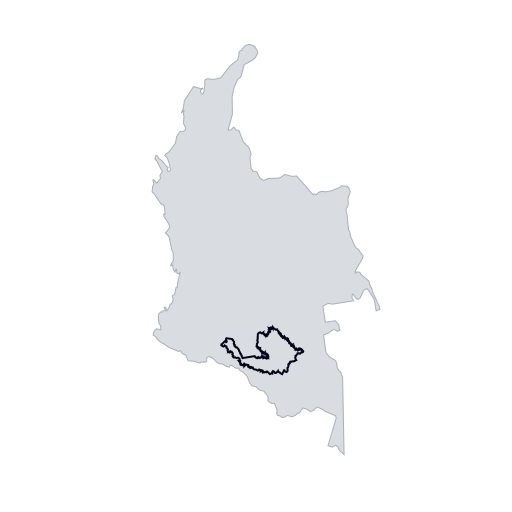 Solano, Caquetá, Colombia shown in context, rotated 351°
{"feature_id": "7082276B1556586451217", "entity_name": "Solano", "entity_type": "district", "adm_level": 2, "iso_a3": "COL", "parent_name": "Colombia", "parent_adm1": "Caquetá", "projection": "equal_earth", "projection_center": [-73.482, 0.241], "detail": "fine", "context": "in_parent", "style": "outline", "palette": "ink", "viewbox_px": 512, "rotation_deg": 351, "n_neighbors": 0, "source": "geoboundaries", "source_scale": "gbopen_adm2", "svg_char_len": 9745}
<svg xmlns="http://www.w3.org/2000/svg" viewBox="0 0 512 512"><g transform="rotate(351 256 256)"><path d="M286.2,60.2L282.2,62.4L274.3,65.1L269.0,76.9L265.3,78.9L260.8,85.9L257.4,94.5L254.9,112.1L248.2,127.1L248.7,127.7L251.4,127.1L253.9,125.4L254.8,125.9L255.8,128.5L258.8,129.2L261.3,141.3L265.9,147.5L266.4,149.9L267.0,154.9L265.4,157.9L264.9,169.0L266.4,171.8L269.8,172.9L272.2,179.8L273.6,181.4L275.7,182.5L280.8,181.4L290.0,182.6L292.2,182.4L297.3,180.0L303.9,182.9L308.7,183.4L321.9,204.3L323.2,203.7L324.9,204.9L328.2,202.8L331.1,202.4L334.8,203.5L339.8,203.5L349.8,201.3L351.2,200.1L356.7,201.3L358.3,202.9L359.1,206.8L358.5,209.2L356.6,211.6L355.6,214.8L355.4,218.6L354.4,221.4L352.6,223.2L352.0,225.8L352.4,229.3L351.5,245.1L352.2,246.4L352.8,252.9L355.1,261.3L356.2,263.7L358.2,265.7L361.7,272.7L360.9,275.0L351.9,285.9L351.5,288.4L353.2,287.4L356.0,288.4L357.0,291.0L363.7,298.6L363.6,301.5L365.5,307.2L365.2,308.4L369.8,324.7L370.0,328.1L366.1,329.0L366.0,318.1L365.4,315.9L361.0,306.3L360.1,305.5L357.2,306.6L352.3,313.7L350.1,314.8L348.3,313.8L346.4,309.5L345.2,308.8L344.1,312.3L345.6,315.5L324.1,315.5L319.9,314.2L314.2,315.8L314.1,332.2L324.3,332.4L327.1,337.1L326.8,341.0L327.3,342.3L324.8,343.1L321.3,340.5L315.0,343.6L310.4,344.4L310.0,362.5L312.8,367.0L318.2,371.9L319.0,375.2L318.7,378.3L319.9,382.2L321.7,384.2L321.7,386.6L322.6,389.2L311.9,466.0L308.2,461.3L306.8,457.1L304.9,455.4L301.4,456.7L297.5,454.6L309.9,428.5L309.5,426.2L299.2,419.8L298.1,418.2L293.2,414.8L290.5,415.8L288.9,417.5L285.1,418.0L282.1,415.2L278.5,413.4L274.1,417.8L272.8,417.8L269.7,419.7L266.4,420.4L262.1,418.4L258.6,419.8L256.2,419.5L255.3,418.1L252.2,416.6L251.8,414.8L252.7,411.6L251.4,405.3L250.9,404.2L248.5,404.1L245.8,401.8L245.2,400.4L245.8,397.8L245.3,395.6L242.6,390.6L238.9,389.2L235.3,385.0L231.7,383.5L230.0,380.5L228.5,373.7L224.7,368.3L222.1,366.5L221.3,364.0L218.6,363.7L214.9,360.3L213.3,360.0L212.2,361.7L208.8,360.0L206.0,357.4L203.0,356.7L201.0,355.2L197.5,350.3L193.7,347.9L191.5,348.8L190.8,352.4L189.5,353.0L185.1,352.1L184.4,352.9L183.2,352.7L177.9,350.0L172.6,349.0L171.2,342.9L167.8,340.7L166.8,337.8L164.4,338.1L155.4,332.5L151.7,328.7L148.5,326.5L145.1,322.2L144.6,320.5L142.0,317.9L143.3,314.7L146.4,312.3L150.4,314.1L150.9,310.4L149.5,307.0L150.2,299.4L151.2,297.7L153.5,296.2L154.8,296.8L155.7,295.5L159.0,296.1L160.0,295.6L162.6,292.5L163.6,290.1L164.8,290.3L167.5,286.2L167.0,282.2L169.6,281.2L172.2,274.5L173.4,274.4L174.0,271.2L178.6,260.1L177.0,261.4L175.1,260.6L175.4,256.9L174.9,256.4L173.4,259.3L172.1,256.4L172.4,251.6L170.3,252.5L170.4,251.4L173.5,247.8L174.7,239.7L173.8,236.7L173.2,224.5L172.6,222.2L170.1,219.1L174.1,215.6L175.5,213.0L173.7,207.6L171.4,203.0L171.3,200.2L172.7,200.5L173.3,192.9L172.0,190.0L170.4,190.0L165.2,178.8L163.4,176.5L164.8,171.1L166.4,168.7L166.1,164.7L167.1,164.8L169.3,168.6L170.2,168.0L173.7,164.5L173.8,161.2L176.7,157.8L172.7,146.3L171.4,144.5L173.0,140.9L173.9,141.1L175.5,144.7L177.9,147.0L181.5,153.4L183.1,154.8L182.0,156.2L181.7,157.7L182.2,158.6L184.3,158.8L185.1,157.0L184.6,149.3L183.7,145.4L181.8,142.6L182.5,141.5L186.2,139.6L193.9,132.2L196.5,125.3L198.6,122.8L200.8,121.1L203.6,121.5L205.8,120.6L206.5,118.4L205.1,113.6L206.7,107.0L206.7,103.7L207.7,101.7L207.4,100.9L204.6,103.2L207.4,98.6L209.5,91.5L220.7,79.0L227.9,82.1L230.2,81.9L227.2,83.4L226.8,85.2L227.8,87.1L228.9,87.7L229.9,86.4L232.3,79.1L232.7,75.1L233.7,73.7L235.3,73.3L242.4,75.0L249.2,74.4L260.2,64.0L268.4,59.5L270.5,55.3L271.0,52.1L272.5,50.8L274.1,50.8L275.0,49.0L278.8,46.3L282.9,46.0L287.2,48.4L289.2,52.7L289.6,55.6L286.2,60.2ZM159.1,294.7L158.6,295.3L157.7,294.3L157.3,293.0L157.9,292.1L158.7,292.4L159.1,294.7Z" fill="#d9dde1" stroke="#a8b0b8" stroke-width="1"/><path d="M213.9,332.6L213.5,333.1L213.3,334.0L213.3,334.7L213.8,335.6L213.4,336.3L213.0,336.4L212.8,335.3L212.0,335.2L208.4,337.9L208.0,337.9L207.8,338.8L208.4,339.1L208.7,339.8L209.6,340.3L210.0,340.3L210.4,339.9L210.8,340.0L211.1,339.5L212.0,340.5L212.6,340.6L212.7,341.2L212.4,342.1L213.2,342.7L213.7,343.8L213.1,344.5L213.3,345.5L213.8,346.2L213.5,346.7L214.6,346.8L215.3,346.1L215.6,346.0L215.8,346.4L215.6,347.0L216.9,346.7L217.8,348.4L217.8,348.9L217.2,349.3L217.4,350.3L217.9,351.0L217.3,351.6L217.5,352.1L218.3,352.9L219.5,352.7L220.5,353.6L222.3,353.7L223.0,354.1L223.6,354.9L223.7,356.1L223.5,356.7L222.9,356.7L223.2,357.0L223.7,356.9L224.0,357.2L223.6,357.8L223.1,357.9L224.0,359.3L223.9,359.9L223.5,360.2L223.6,360.5L224.1,360.0L224.5,360.1L224.7,360.6L224.5,361.2L226.3,362.2L226.5,361.9L226.3,361.4L226.6,361.2L227.0,362.5L227.4,362.3L227.8,360.8L228.4,361.5L227.9,362.5L228.8,361.9L229.9,361.8L230.6,362.7L231.3,362.6L231.3,363.0L230.9,363.5L230.9,364.1L231.9,365.0L232.1,364.9L232.2,364.3L232.5,364.3L232.9,365.7L233.3,365.6L233.8,364.9L234.2,364.9L234.8,366.1L235.5,365.9L235.6,366.7L236.2,367.6L238.5,368.3L239.7,369.4L240.7,369.3L241.3,368.6L241.7,368.7L242.2,369.6L243.1,369.6L242.8,370.5L243.7,370.1L244.1,370.3L244.4,372.1L244.8,372.0L245.1,371.3L245.5,372.2L245.9,372.3L247.0,371.9L248.0,372.5L248.8,371.8L249.2,372.4L250.1,373.0L250.3,373.6L251.2,374.8L252.8,374.3L253.7,374.7L254.1,372.8L254.8,372.3L255.8,373.1L256.3,374.3L256.6,374.6L257.5,374.6L258.5,374.1L258.8,373.6L259.3,373.6L259.8,373.0L259.9,373.7L261.1,374.6L261.2,375.0L263.3,376.8L265.9,373.2L266.2,373.3L266.2,374.1L266.4,374.5L268.1,375.4L269.3,374.3L269.5,371.5L270.1,371.1L270.6,370.2L271.1,369.0L270.9,368.7L271.0,368.0L271.5,367.5L272.1,367.3L272.3,367.5L272.7,367.2L272.7,366.5L273.1,365.8L273.5,365.7L274.2,366.1L275.2,365.7L277.0,366.0L277.4,365.7L277.8,365.8L278.7,365.4L278.9,364.8L279.3,364.9L278.8,362.9L279.0,362.1L279.5,361.5L279.4,360.7L280.0,360.5L281.5,359.4L281.8,359.0L281.8,358.6L282.3,358.5L283.5,359.2L284.1,359.3L284.2,358.9L285.1,358.8L285.7,358.2L286.5,358.5L287.5,358.1L287.8,357.5L287.6,357.2L287.0,357.2L287.2,356.6L286.4,356.1L286.6,355.5L286.3,355.1L286.2,355.1L286.2,355.5L285.7,355.3L285.6,354.6L285.1,354.3L284.9,355.2L284.2,355.5L283.8,355.1L284.1,354.6L283.7,354.3L283.3,355.6L282.5,355.9L282.4,355.7L282.7,355.1L282.6,354.8L282.3,354.6L281.5,354.8L282.1,353.5L281.2,354.4L280.7,354.4L281.0,354.1L280.9,353.5L280.5,353.7L279.5,353.0L279.0,351.9L279.5,351.4L279.4,350.9L279.0,351.2L278.8,351.8L278.5,351.5L278.5,350.6L277.8,350.5L278.2,349.6L277.8,349.8L277.3,349.5L277.6,350.0L277.2,350.4L276.6,350.1L277.2,348.7L276.7,348.5L276.5,347.4L276.0,347.1L275.9,347.7L275.6,347.8L275.3,347.5L275.7,347.1L275.2,346.7L275.5,345.9L275.0,344.6L274.7,345.3L274.5,344.9L274.0,344.8L274.0,344.1L273.6,343.9L274.2,343.0L273.9,343.0L273.9,342.4L273.6,342.5L273.3,342.2L272.3,342.4L272.5,342.0L272.5,341.5L272.3,341.2L271.8,341.2L271.5,340.3L271.2,340.8L270.8,340.4L270.8,341.0L270.3,340.6L270.1,341.2L269.7,341.2L269.5,340.8L269.7,340.1L269.2,339.1L268.8,338.9L268.9,339.4L268.8,339.7L268.0,338.5L268.5,338.3L268.2,337.7L268.5,337.2L268.4,336.8L267.8,336.9L267.9,337.4L267.7,337.8L267.4,337.0L267.6,336.8L267.3,336.2L267.5,335.6L267.2,335.4L266.8,335.8L266.5,335.8L266.8,334.7L266.3,334.5L266.1,334.0L266.3,333.6L265.9,333.1L265.3,331.7L264.2,332.0L262.8,330.6L262.2,330.3L261.6,329.1L261.4,329.9L261.3,329.6L260.8,329.6L260.7,329.1L260.2,329.0L260.3,329.9L260.0,329.9L259.8,330.5L259.2,330.0L259.4,329.1L258.4,329.2L258.5,329.5L258.3,329.9L257.7,329.5L257.9,330.1L257.5,330.0L257.5,330.3L257.9,331.1L257.3,331.2L257.5,331.5L257.3,331.9L257.7,331.9L257.7,332.6L257.4,332.4L257.3,332.5L257.6,332.7L257.4,332.8L257.6,333.1L256.8,333.5L256.3,333.3L256.2,334.2L255.9,334.1L255.8,334.7L255.3,334.7L255.3,334.9L255.1,334.9L255.3,335.5L255.1,335.7L255.2,335.4L255.1,335.6L254.9,336.0L254.6,335.7L254.3,336.2L254.1,335.9L253.6,336.4L253.6,336.1L253.1,335.9L253.0,335.6L252.5,335.9L252.2,335.4L252.3,335.4L252.3,335.1L252.0,335.2L251.7,334.4L251.5,334.5L251.8,334.2L251.6,333.6L251.2,333.5L251.0,333.8L250.4,333.2L250.6,332.9L249.5,333.4L249.3,333.3L248.9,332.6L248.1,332.4L248.0,332.0L246.3,332.6L245.5,333.7L245.2,335.9L244.9,336.3L244.9,337.6L244.4,338.5L244.4,339.2L244.1,339.5L244.3,341.5L243.1,343.0L243.0,343.9L242.8,344.1L242.8,344.7L242.4,345.4L242.9,345.8L243.0,346.4L243.5,346.1L243.8,346.5L243.8,346.8L243.9,346.5L244.1,346.6L244.0,347.3L244.4,347.3L244.2,346.9L244.4,346.8L244.7,347.2L244.5,347.6L245.0,347.6L244.7,347.9L245.0,348.1L244.8,348.3L245.0,348.7L245.2,348.3L245.3,348.5L244.9,349.0L245.3,349.3L245.6,349.1L245.7,350.7L246.1,350.8L246.3,350.4L246.6,350.9L246.5,351.8L246.7,352.1L246.7,351.7L247.0,352.0L246.9,352.6L247.4,352.3L247.6,352.6L247.8,352.2L248.0,352.6L248.3,352.4L248.5,352.7L248.7,353.1L248.4,353.3L248.7,353.6L249.0,353.5L249.2,353.1L249.5,353.4L249.7,353.1L249.7,353.5L249.9,353.3L250.0,353.7L249.5,353.9L250.0,353.9L249.9,354.4L250.3,354.3L250.3,354.7L250.5,354.3L250.7,355.0L251.2,354.9L251.1,355.4L251.7,354.8L251.8,355.0L251.6,355.5L251.9,355.3L252.2,355.4L252.3,355.7L252.1,356.6L252.5,357.0L252.3,358.0L252.0,357.5L251.8,357.8L251.7,357.5L251.3,357.4L251.3,357.6L251.0,357.6L250.9,358.1L250.4,357.5L250.0,358.0L249.6,357.8L249.6,358.3L249.0,357.8L249.0,358.1L248.3,357.7L247.7,357.9L247.8,357.6L247.7,357.6L247.7,357.3L247.2,357.4L247.2,356.5L246.5,356.7L246.4,356.1L245.9,356.4L245.8,356.1L244.8,357.1L244.1,357.1L243.7,357.4L243.0,357.2L242.7,356.4L242.1,356.8L242.0,356.3L241.7,356.3L241.3,357.0L240.8,357.0L239.4,355.8L239.3,355.0L238.9,354.7L226.7,354.7L226.4,353.8L226.5,353.4L226.1,352.7L226.3,352.3L226.0,351.9L225.9,350.6L225.2,350.1L225.2,348.9L224.5,347.2L224.3,345.7L222.9,343.3L222.2,343.3L221.9,342.7L221.7,342.9L221.4,342.6L221.2,342.0L221.1,341.7L220.7,341.4L220.9,340.9L220.7,340.5L220.9,340.3L220.6,340.0L220.3,339.0L220.8,338.4L221.0,337.3L220.1,335.9L220.1,335.4L219.7,335.2L219.4,334.3L213.9,332.6Z" fill="none" stroke="#020617" stroke-width="2"/></g></svg>